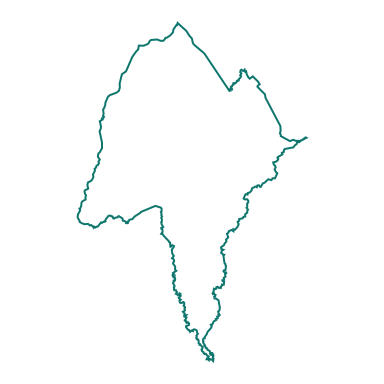 the district of Algarrobo, Magdalena, Colombia
{"feature_id": "7082276B14520345470413", "entity_name": "Algarrobo", "entity_type": "district", "adm_level": 2, "iso_a3": "COL", "parent_name": "Colombia", "parent_adm1": "Magdalena", "projection": "albers", "projection_center": [-74.106, 10.222], "detail": "fine", "context": "isolated", "style": "outline", "palette": "teal", "viewbox_px": 384, "rotation_deg": 0, "n_neighbors": 0, "source": "geoboundaries", "source_scale": "gbopen_adm2", "svg_char_len": 5999}
<svg xmlns="http://www.w3.org/2000/svg" viewBox="0 0 384 384"><path d="M306.4,137.8L305.6,137.4L302.0,140.0L299.6,140.9L295.7,140.8L293.3,139.8L289.9,141.1L280.8,136.1L280.8,134.8L279.9,133.2L280.6,131.1L280.4,126.1L265.5,97.8L265.0,94.4L257.5,86.9L257.5,86.1L259.7,84.2L258.0,81.6L252.8,76.4L249.7,78.7L248.1,77.0L246.7,74.2L246.2,71.7L245.7,72.2L245.1,71.8L244.6,69.6L243.3,70.9L241.7,70.4L241.5,69.8L240.7,70.2L240.2,72.2L241.4,73.4L240.2,75.3L241.0,76.0L240.7,77.3L239.2,78.7L238.7,80.4L238.1,80.1L237.4,81.1L236.8,81.0L236.7,81.9L235.7,83.0L234.8,83.5L234.0,82.9L233.2,83.4L233.4,84.6L232.6,85.0L232.1,86.4L231.3,86.4L230.8,87.0L230.9,88.4L231.9,88.8L232.0,89.4L230.1,89.3L230.5,90.6L229.4,90.9L204.3,53.4L193.8,44.5L192.8,42.7L191.9,38.5L189.5,35.9L186.4,31.0L177.6,23.0L177.1,25.1L176.5,25.0L173.5,29.3L172.9,32.4L170.1,35.5L166.8,37.7L165.4,37.9L164.8,39.3L163.2,40.8L160.6,40.8L157.0,39.5L151.1,40.0L149.6,41.1L148.8,43.0L147.4,44.2L143.7,45.7L138.8,45.6L138.2,49.5L136.4,51.2L132.4,56.7L126.0,71.4L121.9,74.2L119.6,83.8L119.9,87.4L118.9,90.8L116.5,92.7L109.9,95.1L108.0,96.7L105.5,102.3L105.2,105.1L104.2,107.9L103.1,109.6L103.6,113.6L103.0,116.5L103.9,116.9L102.7,119.3L101.9,118.7L101.4,120.3L99.8,121.2L101.0,126.6L100.7,128.9L99.6,131.2L102.0,142.6L102.0,148.2L99.8,152.2L98.5,153.5L98.0,155.2L97.9,156.7L99.8,159.6L98.5,161.5L99.0,163.1L97.9,165.0L96.6,165.6L95.9,167.7L94.6,168.8L95.0,170.5L93.0,174.5L93.4,176.9L92.2,179.5L91.0,180.9L87.9,182.5L87.4,185.2L88.2,188.7L84.8,190.4L84.5,191.5L85.1,193.9L86.0,195.4L85.5,197.0L85.6,199.5L82.3,201.4L81.5,202.6L81.3,205.5L80.2,208.6L79.5,208.7L80.1,210.6L78.0,214.3L77.6,217.5L79.8,221.3L79.7,221.9L81.4,223.0L84.3,224.2L88.1,223.9L90.0,225.5L91.2,225.0L92.7,226.5L93.3,226.4L93.8,227.8L94.7,226.9L95.6,227.5L96.4,226.7L97.7,226.6L101.1,222.4L101.9,222.9L103.9,221.6L104.8,221.8L105.4,221.3L105.0,220.9L105.9,219.2L108.5,215.8L110.7,215.6L111.3,216.3L112.6,216.5L113.2,218.3L114.1,218.6L115.2,217.7L117.7,217.3L118.3,216.2L119.0,216.2L122.5,218.5L122.8,220.7L124.4,220.9L126.1,222.3L126.1,223.1L127.7,223.2L128.1,222.8L127.6,221.6L128.9,220.9L129.3,219.8L132.4,219.1L134.6,216.5L140.5,212.7L140.8,212.0L155.4,205.9L161.0,207.7L161.6,208.8L161.6,211.3L160.9,211.9L161.5,213.4L161.3,215.0L162.1,216.4L161.2,217.7L161.9,219.3L161.8,221.9L161.2,222.3L161.7,224.4L163.2,227.0L161.2,228.0L161.3,228.7L162.3,229.1L162.6,232.0L161.2,233.8L163.0,234.5L163.6,235.7L169.0,241.4L169.3,242.4L170.1,242.6L170.3,246.7L170.7,246.8L172.2,245.2L173.9,246.0L173.5,247.5L171.8,249.6L172.3,253.8L173.8,255.9L172.1,258.3L173.2,258.6L174.0,260.3L174.1,261.4L173.2,262.5L173.1,263.6L175.2,266.6L175.0,269.5L176.3,270.8L173.0,273.0L174.1,274.5L172.9,274.5L172.5,275.1L173.5,277.3L174.6,276.8L175.2,279.3L175.0,280.1L173.7,280.5L174.2,281.5L173.4,281.9L173.0,283.3L174.6,285.8L173.8,287.1L174.3,287.9L173.9,289.2L174.4,290.3L175.9,290.2L176.9,292.1L175.9,293.8L177.1,294.2L177.7,295.1L178.9,294.8L179.4,293.3L180.5,293.9L180.0,295.7L180.6,295.8L180.5,296.3L178.7,297.5L178.9,298.3L180.8,299.6L179.4,301.0L180.0,302.7L181.8,303.0L183.1,302.0L184.2,302.7L184.2,304.7L183.6,305.7L185.0,307.0L185.0,307.8L184.4,308.3L185.0,310.4L182.9,311.8L184.7,313.5L184.3,315.1L186.2,315.1L184.6,316.7L186.5,317.4L185.5,319.6L184.7,320.2L185.2,320.9L186.1,321.1L186.0,321.9L186.8,323.0L188.0,322.2L189.1,323.6L188.9,325.1L186.1,326.1L186.1,327.4L188.1,329.8L188.9,329.9L190.1,331.9L191.5,330.5L192.9,331.0L192.8,330.1L193.5,329.5L194.8,329.4L196.7,330.4L197.3,333.2L197.9,333.8L196.4,335.6L196.8,336.7L196.2,337.7L196.7,338.8L197.3,338.9L197.1,339.4L198.6,340.3L198.7,343.5L200.0,344.1L199.8,345.0L201.2,345.5L202.6,347.5L202.3,348.8L201.5,349.5L202.0,351.1L203.3,352.0L203.5,353.0L204.9,353.6L204.8,354.0L205.8,353.8L207.5,355.9L208.8,356.4L208.1,358.2L207.0,358.3L206.6,359.3L208.1,359.4L208.7,360.0L208.7,359.0L210.0,359.0L210.5,359.6L212.1,359.6L213.1,361.0L213.4,360.0L212.4,359.1L213.4,358.5L212.8,357.4L212.9,356.1L213.4,355.9L213.0,355.2L213.2,354.3L212.5,354.1L211.8,355.1L211.3,355.0L210.1,353.8L211.2,352.9L210.3,352.8L209.6,350.9L207.4,349.7L207.2,348.4L205.7,347.9L205.3,346.1L204.3,345.8L204.7,344.9L203.3,342.9L203.0,341.7L203.5,341.1L202.9,339.9L203.4,338.6L204.8,338.2L204.6,337.3L206.9,333.9L207.5,332.0L211.0,328.0L211.8,326.0L210.9,324.7L212.5,324.2L213.7,321.4L216.2,320.0L215.8,319.0L217.7,318.3L217.2,316.7L218.1,316.6L219.6,315.1L218.4,314.5L218.8,313.6L218.1,311.7L219.3,310.5L219.9,308.1L218.6,300.5L216.2,298.6L214.5,298.5L214.2,296.7L215.1,296.3L215.5,294.9L214.6,294.6L214.2,293.6L213.0,294.1L212.6,293.3L213.7,291.3L213.9,288.7L215.3,289.1L216.4,288.6L216.3,287.3L217.5,286.7L219.0,288.0L219.6,287.6L220.8,288.0L221.1,286.3L222.1,285.5L222.0,284.6L223.8,284.7L224.1,281.8L222.5,280.9L222.3,280.3L224.2,279.8L223.7,277.8L225.5,276.7L225.0,274.1L226.3,273.2L226.1,272.5L224.5,272.3L223.5,271.4L223.9,270.4L225.5,269.9L226.0,265.9L225.4,265.0L225.4,264.0L224.6,263.3L224.1,260.7L223.5,256.1L224.2,254.8L223.0,254.7L222.4,253.7L221.2,253.0L221.8,250.6L223.3,249.8L221.3,248.9L221.1,247.2L224.0,245.1L224.5,243.7L226.4,241.5L226.0,239.7L228.2,237.3L227.0,233.7L228.4,232.7L228.8,231.1L231.6,230.0L233.4,231.2L233.4,229.2L235.0,229.7L237.6,226.7L238.7,224.1L237.6,221.9L239.2,220.7L239.2,219.0L242.7,218.3L243.5,216.8L245.2,216.6L245.2,214.2L247.2,212.7L247.2,211.1L248.0,209.6L246.5,207.7L247.3,206.7L247.1,203.6L248.1,202.7L248.4,201.1L247.3,199.3L244.7,199.4L243.6,198.6L245.4,194.4L246.0,194.1L247.5,194.6L247.8,193.0L249.7,192.5L251.6,190.5L251.9,188.5L254.8,186.8L255.7,186.6L256.8,187.2L257.3,185.5L259.0,185.3L259.9,186.7L260.8,186.9L262.8,183.4L264.6,182.7L268.2,179.3L271.4,180.1L272.6,178.3L275.0,178.3L277.3,173.2L276.0,172.2L274.6,169.4L275.7,167.2L274.8,165.3L273.8,164.6L273.2,162.4L275.8,161.7L277.5,160.6L278.3,159.0L277.4,157.8L277.5,157.3L282.5,154.3L281.9,152.8L283.9,151.9L283.9,150.2L284.7,149.0L293.3,147.4L295.1,145.1L296.6,144.1L297.1,142.1L299.2,142.2L300.6,140.9L306.4,137.8Z" fill="none" stroke="#0f766e" stroke-width="2"/></svg>